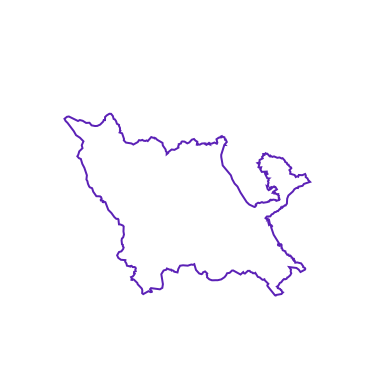 Bandung, Jawa Barat, Indonesia, rotated 53°
{"feature_id": "22746128B73297609500416", "entity_name": "Bandung", "entity_type": "district", "adm_level": 2, "iso_a3": "IDN", "parent_name": "Indonesia", "parent_adm1": "Jawa Barat", "projection": "mercator", "projection_center": [107.664, -7.063], "detail": "fine", "context": "isolated", "style": "outline", "palette": "violet", "viewbox_px": 384, "rotation_deg": 53, "n_neighbors": 0, "source": "geoboundaries", "source_scale": "gbopen_adm2", "svg_char_len": 6100}
<svg xmlns="http://www.w3.org/2000/svg" viewBox="0 0 384 384"><g transform="rotate(53 192 192)"><path d="M255.0,91.6L252.3,92.0L250.7,91.6L248.5,92.2L247.2,91.1L245.7,90.8L244.9,93.9L242.7,96.4L243.7,98.0L242.7,98.6L242.5,100.1L240.2,99.8L236.5,102.6L235.2,101.3L233.1,101.0L232.8,98.4L232.1,98.1L230.2,98.8L228.3,98.5L228.1,99.0L226.9,99.2L225.7,98.7L224.2,99.5L222.7,99.0L219.5,99.3L219.2,100.2L217.1,101.3L216.0,103.3L212.9,105.1L212.3,106.7L211.2,107.1L211.0,107.7L210.1,107.6L210.1,108.5L206.8,108.8L206.3,109.7L205.4,109.8L205.5,110.7L204.7,112.0L205.9,112.1L205.5,113.1L205.9,113.3L206.2,115.0L207.7,115.3L207.1,118.7L208.9,120.4L208.3,122.2L209.5,121.9L209.9,120.9L212.2,124.0L212.9,123.7L213.9,121.9L214.2,122.3L213.6,123.0L214.9,123.3L215.0,123.8L217.9,124.2L220.7,120.0L221.6,120.6L220.9,122.4L221.4,122.6L223.3,120.1L222.5,122.9L226.3,123.6L227.5,122.3L227.5,123.0L228.8,123.7L229.0,124.8L230.8,125.4L231.4,126.5L233.1,127.6L233.1,128.3L232.3,128.7L235.1,129.8L236.7,129.6L237.0,127.8L235.4,127.2L235.9,125.6L236.9,125.9L236.8,123.6L237.0,123.1L237.8,123.2L238.2,122.4L241.0,122.6L240.7,127.1L241.2,128.0L241.8,127.0L242.7,127.2L242.8,126.1L244.5,125.9L245.5,124.5L246.0,125.1L247.0,124.8L247.2,125.3L248.8,125.8L248.9,126.3L250.3,126.4L250.2,127.0L250.8,127.3L249.8,130.0L248.8,129.9L246.9,131.8L246.5,133.3L245.6,133.6L245.4,134.2L245.9,134.4L245.5,136.3L245.9,136.4L245.4,137.9L243.5,141.5L242.2,142.2L241.5,144.8L240.4,145.6L240.2,148.2L240.6,149.0L241.4,149.0L241.8,150.4L241.5,151.2L236.5,153.8L232.9,154.4L221.6,153.6L215.0,152.4L210.9,152.9L206.0,152.2L202.1,150.9L189.3,151.5L181.7,147.6L179.9,146.3L174.1,138.2L173.9,137.8L174.4,137.2L173.7,137.3L173.0,134.1L170.3,133.5L170.1,134.1L167.8,133.2L166.2,134.3L166.2,134.9L165.3,134.6L165.0,135.9L165.5,136.5L164.7,137.9L164.6,140.7L167.9,142.1L168.4,143.1L166.0,144.3L165.2,147.3L164.4,148.3L163.0,148.8L163.0,149.3L164.4,149.4L163.0,150.3L163.1,152.0L161.9,152.6L161.4,152.0L160.8,152.5L159.2,155.0L158.9,157.2L158.0,158.4L157.3,158.3L157.6,159.2L157.1,159.7L155.0,157.5L153.1,158.3L150.9,158.5L150.1,160.7L150.8,164.3L150.3,166.5L147.3,167.6L145.7,169.4L145.6,170.1L146.6,171.7L145.8,173.8L146.9,174.7L147.1,175.5L148.4,176.1L147.8,180.6L145.8,182.7L145.9,187.1L146.5,187.5L146.6,189.5L145.1,188.3L143.6,188.3L142.2,187.5L137.3,187.3L135.0,186.0L129.3,188.4L127.1,188.7L126.7,189.6L126.0,189.4L125.3,190.4L123.6,191.5L124.7,196.7L123.5,197.2L123.2,198.5L121.9,199.8L120.5,200.3L120.0,201.9L118.7,203.1L119.5,205.3L118.8,210.3L116.8,211.1L112.8,215.0L109.7,215.4L108.8,214.4L103.1,212.5L100.9,214.0L99.9,212.2L99.2,212.3L97.6,211.0L95.2,210.5L94.5,209.9L92.3,210.9L89.7,210.0L87.6,209.9L86.5,210.6L83.7,209.5L80.9,209.6L79.8,210.9L79.5,213.9L79.8,216.3L82.2,218.2L81.4,219.2L82.3,220.5L82.9,224.8L82.2,227.9L81.0,229.7L78.3,232.1L75.0,232.2L73.1,235.0L69.4,236.4L67.0,238.3L66.7,240.3L57.6,244.9L56.7,246.6L56.8,249.8L59.3,250.2L61.9,249.8L72.3,249.8L76.8,250.4L81.3,248.8L86.2,248.2L88.3,251.9L91.1,253.1L91.7,257.6L93.8,260.4L94.5,262.1L97.0,261.9L98.7,260.9L103.6,262.7L107.9,263.4L115.4,265.9L118.5,268.8L120.4,269.0L122.7,270.1L125.6,270.8L126.7,270.8L128.9,269.5L132.3,270.7L137.8,270.9L140.1,268.1L141.4,267.7L143.1,268.3L143.3,269.6L143.9,269.9L145.4,268.5L146.4,269.3L146.8,268.9L146.4,268.3L148.0,267.3L155.9,269.6L160.2,269.0L165.3,269.1L167.9,268.6L168.9,267.3L169.7,267.3L173.9,269.8L174.9,268.7L177.1,267.4L178.4,267.3L182.3,270.5L185.0,271.9L186.8,274.3L187.0,276.0L188.3,277.4L191.7,279.4L192.5,279.0L194.0,280.0L195.1,279.9L196.1,281.3L196.9,284.1L196.0,286.5L197.5,289.9L200.3,290.5L203.4,289.5L206.3,286.2L207.4,287.3L209.5,287.4L211.7,288.3L214.3,286.2L214.0,285.8L214.6,284.7L216.2,284.6L217.3,283.1L218.3,282.6L219.3,282.9L220.0,284.1L221.4,284.6L220.9,286.2L221.9,287.2L222.8,286.9L223.4,288.5L223.8,290.2L223.3,291.9L224.8,292.1L225.7,293.2L226.3,292.7L226.2,291.6L227.1,291.1L231.8,290.4L233.0,290.9L238.9,290.2L240.7,290.9L242.8,292.7L244.2,292.4L245.0,286.5L247.1,285.3L247.6,284.3L247.2,283.9L244.4,284.0L244.1,282.6L250.4,276.2L250.7,273.4L248.1,270.7L239.2,266.0L237.6,261.9L238.6,259.2L238.0,258.1L240.8,256.4L241.3,255.5L242.5,255.6L242.7,254.8L243.9,254.1L244.9,254.2L247.5,252.0L245.2,249.2L243.7,245.9L245.1,243.3L248.3,239.7L249.5,236.2L250.7,235.1L251.0,233.6L256.6,235.7L261.4,235.3L263.3,233.9L263.5,232.9L262.8,231.6L263.3,229.4L266.3,228.9L266.9,230.1L267.7,230.1L269.2,231.3L272.2,230.7L274.5,229.2L278.0,224.4L279.4,221.2L279.6,217.3L279.0,214.9L278.0,212.9L279.2,210.6L278.8,207.3L279.5,206.3L287.1,202.9L286.8,199.3L288.1,199.4L289.0,198.8L288.6,194.9L289.7,193.4L291.0,193.4L293.0,192.1L293.5,192.2L294.7,190.8L294.7,190.1L299.4,190.5L301.0,189.3L304.1,188.7L304.9,188.2L305.3,186.7L306.3,187.0L311.3,186.3L311.8,188.0L312.7,188.3L324.4,187.9L325.1,187.4L324.9,186.7L327.3,182.0L326.9,179.8L326.2,180.2L324.1,179.7L323.7,180.1L322.4,180.0L320.5,181.3L320.0,180.8L318.7,181.1L318.8,179.6L317.5,176.6L317.8,175.1L317.0,172.3L316.9,170.8L317.7,170.3L318.2,168.7L317.6,167.3L317.9,166.7L317.6,163.6L316.6,161.6L314.9,161.1L313.6,159.7L310.4,159.6L315.5,154.3L318.1,153.5L321.2,153.5L322.0,148.5L321.6,147.8L320.5,147.6L318.8,148.4L318.1,147.9L314.7,147.8L311.5,150.4L310.6,152.1L308.8,151.4L308.4,151.9L307.9,151.5L307.6,151.8L306.8,151.0L306.3,151.9L305.1,151.4L304.3,152.0L303.8,151.6L302.1,151.7L302.0,152.4L301.3,152.9L300.1,152.6L299.6,153.7L296.4,153.6L295.6,153.1L293.1,154.6L291.0,153.9L290.6,154.2L288.2,152.3L287.3,152.3L286.5,153.3L287.6,154.5L286.4,155.3L285.5,154.8L285.4,153.4L275.3,152.5L268.0,150.1L267.5,148.6L266.4,148.6L266.2,149.4L264.6,149.0L264.6,150.3L262.6,149.5L263.2,148.5L260.9,147.4L260.9,148.5L260.2,149.1L259.8,148.0L259.0,147.6L258.4,148.7L257.1,149.0L256.6,147.0L258.6,144.1L257.8,141.9L258.2,140.5L257.8,138.2L258.4,137.2L258.5,135.3L259.0,134.8L258.4,132.4L258.8,131.7L258.0,130.5L258.5,130.0L258.1,129.8L258.6,129.2L258.1,128.7L258.7,128.0L258.5,126.0L259.1,125.4L258.4,123.2L254.6,120.0L252.8,117.1L252.3,111.1L251.4,108.5L251.6,106.1L252.6,105.0L251.8,103.9L253.6,100.0L252.9,97.7L255.0,91.6Z" fill="none" stroke="#5b21b6" stroke-width="2"/></g></svg>